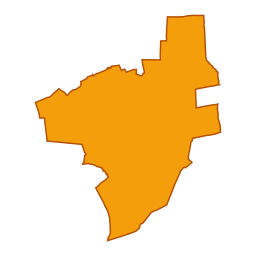 Fartanesti, Galati, Romania
{"feature_id": "2599482B98747268869186", "entity_name": "Fartanesti", "entity_type": "district", "adm_level": 2, "iso_a3": "ROU", "parent_name": "Romania", "parent_adm1": "Galati", "projection": "orthographic", "projection_center": [27.982, 45.802], "detail": "fine", "context": "isolated", "style": "filled", "palette": "amber", "viewbox_px": 256, "rotation_deg": 0, "n_neighbors": 0, "source": "geoboundaries", "source_scale": "gbopen_adm2", "svg_char_len": 5637}
<svg xmlns="http://www.w3.org/2000/svg" viewBox="0 0 256 256"><path d="M217.7,71.9L216.4,71.5L216.0,69.8L214.3,68.5L213.0,67.5L212.7,66.3L210.6,64.7L209.0,62.8L206.6,60.5L206.0,57.9L205.8,57.5L204.6,31.2L204.3,26.9L204.2,26.6L203.9,26.1L203.9,25.6L204.0,23.9L204.2,22.9L203.9,18.5L203.7,15.4L202.1,15.4L198.0,15.5L195.1,15.4L192.9,15.4L191.6,15.5L187.2,15.9L182.9,16.8L181.1,16.7L180.3,16.9L179.5,16.9L177.3,16.9L176.9,16.9L176.6,17.0L176.0,16.9L167.4,16.9L167.4,17.5L167.2,21.9L167.1,23.6L167.0,24.8L166.8,26.7L166.6,28.0L166.7,29.4L166.6,30.4L166.6,32.5L166.5,34.1L166.4,34.9L166.4,37.3L166.5,38.2L166.6,39.9L166.5,40.7L160.7,41.0L160.7,41.3L160.3,52.5L160.3,56.2L160.3,59.9L149.2,59.8L142.1,59.7L142.4,62.4L142.6,64.0L144.6,73.0L144.4,73.1L143.5,73.1L142.6,74.2L142.1,75.1L141.8,75.4L141.3,75.7L140.8,75.8L139.9,75.7L139.4,75.3L138.8,74.8L138.0,74.5L137.8,74.4L137.5,74.4L137.1,74.5L136.3,74.4L136.3,69.5L133.9,69.5L133.1,69.6L129.4,71.1L129.1,71.1L126.6,72.1L126.4,72.2L126.1,71.6L124.6,69.1L121.5,70.5L119.9,66.9L119.1,65.2L115.5,65.8L115.4,65.7L114.2,65.9L113.0,66.1L112.6,66.0L111.3,66.3L111.4,67.1L110.2,67.3L110.4,68.1L109.1,68.4L108.9,67.6L107.5,67.8L107.7,68.8L106.5,69.3L106.4,69.4L106.4,69.9L105.4,70.2L105.0,70.4L99.7,72.6L95.8,74.1L95.5,74.2L93.5,76.0L92.7,74.5L91.5,75.5L90.9,75.7L90.3,76.0L88.8,76.4L88.3,76.7L87.6,76.9L87.4,77.1L87.3,77.4L87.2,78.0L85.1,79.5L84.9,79.5L83.9,80.0L82.6,80.8L81.7,81.2L80.9,81.6L81.0,84.8L80.1,86.5L79.7,86.9L79.1,87.2L77.5,88.4L75.6,89.5L74.6,89.8L73.9,89.9L73.6,90.0L72.7,90.0L72.0,90.6L71.5,91.0L70.4,91.9L69.6,92.9L68.5,94.2L67.3,95.3L66.4,94.9L66.0,94.6L66.0,94.2L65.3,93.5L64.3,92.3L63.6,91.8L63.1,91.6L62.8,91.5L62.2,91.0L61.9,90.8L61.1,90.4L60.3,89.9L59.1,88.7L58.1,89.5L53.8,93.2L50.1,96.9L48.0,97.3L46.6,97.8L35.5,102.5L37.7,109.3L38.8,112.6L39.9,118.1L44.4,117.9L47.2,141.3L48.0,141.3L48.7,141.2L82.0,144.4L84.6,152.5L85.8,153.5L86.0,154.5L85.7,154.9L84.6,155.3L84.5,157.6L84.3,159.2L83.8,162.3L83.3,162.9L82.7,164.2L88.6,163.5L88.7,163.8L91.3,164.2L92.2,164.3L92.8,164.6L93.6,164.8L98.0,166.8L101.9,167.8L101.7,168.5L102.9,169.5L103.2,170.8L103.6,170.1L103.9,170.3L105.4,171.7L105.1,172.0L105.5,172.3L105.7,172.9L106.5,173.7L105.5,173.8L107.5,174.4L107.6,175.0L107.3,175.5L108.1,176.3L108.4,176.7L105.7,179.7L105.0,180.2L103.4,181.3L101.0,182.9L100.4,183.6L99.1,184.9L98.3,185.8L97.6,186.4L96.7,187.2L95.7,187.8L99.9,195.8L100.3,196.6L103.5,202.4L104.8,205.6L105.2,206.5L107.2,210.1L107.8,211.4L108.9,215.0L109.7,219.2L109.8,221.9L110.0,222.7L110.3,228.1L110.3,231.7L110.3,233.4L110.1,234.1L109.6,235.5L109.4,235.9L108.5,237.0L108.2,237.5L107.8,239.7L107.6,240.6L115.9,238.0L121.8,236.2L128.9,233.8L130.7,233.2L131.8,232.8L134.4,231.8L136.2,230.9L136.9,230.5L138.8,228.5L139.3,227.9L139.2,227.9L139.8,225.7L140.3,224.5L140.3,224.4L140.4,224.2L140.6,224.1L142.3,223.4L142.8,223.1L143.5,222.3L143.7,222.0L144.3,221.4L144.4,221.2L145.4,220.1L146.1,219.1L146.6,218.4L147.2,217.5L149.0,215.4L150.0,213.9L150.2,213.6L150.7,213.1L151.4,212.4L152.5,211.8L153.0,211.5L157.4,209.8L158.3,209.3L159.0,208.9L159.7,208.5L160.6,208.1L161.6,207.6L162.1,207.3L163.7,206.5L165.5,205.6L166.4,205.2L166.5,205.1L166.7,204.8L167.3,203.3L169.3,198.2L171.2,193.6L172.2,191.0L173.7,187.0L174.3,185.4L174.5,184.9L174.9,184.0L175.8,182.0L176.1,181.3L176.8,180.0L177.1,179.2L177.7,178.0L177.9,177.4L178.3,176.5L178.6,175.8L178.9,175.1L179.0,174.9L179.4,174.0L179.8,173.2L180.0,172.8L180.1,172.4L180.1,172.2L180.3,172.0L180.4,171.7L180.5,171.5L180.5,171.4L180.6,171.2L180.9,170.8L181.2,170.3L181.4,170.1L182.6,168.6L183.0,168.1L183.3,167.8L183.4,167.7L183.6,167.6L183.8,167.5L184.1,167.4L184.3,167.4L184.6,167.5L184.8,167.5L185.2,167.6L185.5,167.7L187.5,166.1L188.0,165.6L189.4,164.6L190.5,163.6L191.3,163.0L191.8,162.7L192.0,162.5L191.9,162.3L191.5,161.9L190.5,161.1L189.7,160.6L189.2,160.1L188.7,159.3L188.5,159.0L188.4,158.8L188.3,158.7L188.3,157.6L188.3,157.1L188.5,155.8L188.6,155.4L188.7,155.0L188.7,154.8L188.7,154.4L188.8,153.9L188.8,153.6L188.9,152.7L189.0,152.4L189.3,151.5L189.3,151.3L189.6,151.0L189.6,150.7L189.6,150.1L189.6,149.8L189.7,149.3L189.8,148.9L190.2,147.1L190.3,146.3L190.5,145.4L190.6,144.9L190.6,144.5L190.8,143.3L190.9,142.9L190.9,142.7L191.0,142.3L191.0,142.0L191.1,141.9L191.2,141.6L191.6,141.3L192.3,140.7L192.3,140.2L192.4,139.9L192.6,139.4L192.5,138.7L192.5,138.4L193.9,138.0L194.8,137.8L195.2,137.7L196.1,137.6L197.3,137.4L199.8,136.9L200.8,136.6L202.0,136.4L203.0,136.1L203.8,136.0L204.7,135.8L205.6,135.6L206.2,135.5L207.4,135.3L209.6,135.1L210.9,134.9L211.9,134.7L213.2,134.4L214.8,134.2L215.6,133.9L216.1,133.6L216.6,133.5L217.4,133.2L218.2,132.9L218.9,132.7L220.4,132.3L220.4,131.6L220.4,131.3L220.5,131.0L220.4,130.7L220.5,130.2L220.4,129.6L220.4,128.8L220.4,128.6L220.4,128.3L220.4,128.0L220.4,127.6L220.3,127.1L220.3,126.3L220.1,125.7L220.0,125.3L219.9,125.1L219.8,124.6L219.7,124.4L219.6,123.7L219.4,123.2L219.1,121.6L218.8,120.7L218.2,118.8L218.0,117.9L218.0,117.0L218.1,116.4L218.1,115.3L218.1,114.2L218.0,113.2L217.8,111.9L217.7,111.3L217.4,108.9L217.3,108.3L217.4,107.8L217.5,106.4L217.6,106.1L217.7,104.5L217.7,104.3L217.7,104.1L217.4,104.3L216.6,104.4L211.4,105.1L203.8,106.4L199.3,107.3L196.2,107.9L196.1,102.2L196.0,101.9L196.0,99.6L195.9,99.2L195.8,98.9L195.5,89.2L202.3,87.9L203.2,87.7L209.5,86.5L213.9,85.8L214.5,85.8L214.9,85.7L215.7,85.5L216.3,85.3L217.2,85.2L218.8,84.7L219.5,84.6L219.2,84.3L218.9,84.0L218.7,83.7L218.6,83.1L218.6,81.9L218.8,81.5L218.9,81.0L218.9,80.8L218.5,80.2L218.3,79.8L218.2,79.1L218.0,77.5L217.9,76.5L217.7,75.9L217.6,75.3L217.7,74.9L218.0,73.0L218.0,72.7L217.7,71.9Z" fill="#f59e0b" stroke="#b45309" stroke-width="1.5"/></svg>